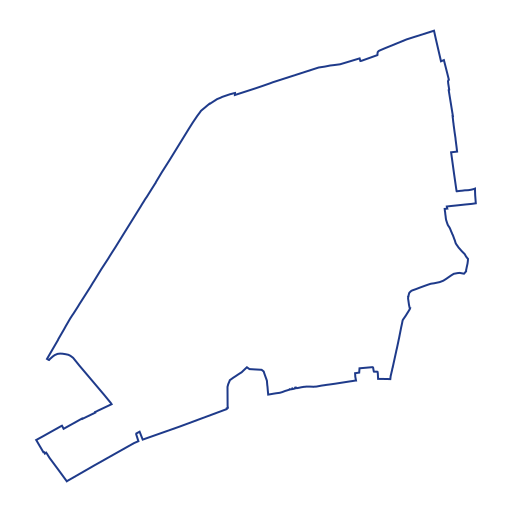 Otopeni, Bucharest, Romania (orthographic projection)
{"feature_id": "2599482B32051215942392", "entity_name": "Otopeni", "entity_type": "district", "adm_level": 2, "iso_a3": "ROU", "parent_name": "Romania", "parent_adm1": "Bucharest", "projection": "orthographic", "projection_center": [26.087, 44.559], "detail": "fine", "context": "isolated", "style": "outline", "palette": "blue", "viewbox_px": 512, "rotation_deg": 0, "n_neighbors": 0, "source": "geoboundaries", "source_scale": "gbopen_adm2", "svg_char_len": 5313}
<svg xmlns="http://www.w3.org/2000/svg" viewBox="0 0 512 512"><path d="M47.6,454.8L49.6,458.0L58.6,470.1L66.8,481.3L67.2,481.0L94.7,465.2L134.0,443.1L138.4,441.2L136.2,434.3L136.3,433.5L139.6,431.7L142.7,439.6L179.6,426.6L226.7,409.1L226.7,408.3L227.9,407.8L227.6,406.1L227.5,386.9L228.2,384.2L229.6,380.9L229.8,380.2L233.4,377.6L235.6,376.2L237.8,374.7L240.9,372.7L241.0,372.7L241.6,372.3L244.0,370.0L246.0,368.1L246.9,367.3L247.0,367.4L247.2,367.5L249.5,369.1L261.6,369.8L262.6,370.6L263.7,371.5L264.3,373.4L265.9,377.9L266.0,378.1L266.9,380.7L267.0,381.6L267.0,382.0L267.2,384.4L267.3,385.4L267.5,386.8L267.8,390.5L268.1,393.6L268.2,394.6L270.6,394.2L273.4,393.7L275.9,393.3L279.8,392.8L280.8,392.5L282.2,392.1L285.3,390.9L286.4,390.6L288.3,390.0L289.1,389.8L289.3,389.7L289.6,389.2L289.9,389.2L290.2,389.4L290.4,389.4L290.6,389.4L291.0,389.3L291.8,389.2L292.0,389.1L292.1,388.9L292.3,388.5L292.8,388.9L292.9,389.0L294.5,388.6L295.2,388.4L295.3,388.3L295.3,388.2L295.4,387.9L295.3,387.6L295.7,387.5L296.0,387.5L296.6,388.1L296.8,388.2L298.8,387.8L299.3,387.7L301.1,387.3L301.7,387.2L302.3,387.1L302.9,387.0L303.5,386.9L304.1,386.8L304.6,386.8L304.9,386.8L305.6,386.7L306.2,386.6L307.9,386.6L308.2,386.6L308.8,386.6L309.4,386.6L310.0,386.6L310.5,386.6L311.0,386.7L311.4,386.7L311.7,386.7L312.3,386.7L313.4,386.8L313.9,386.7L315.0,386.7L315.5,386.6L316.1,386.6L316.8,386.5L318.9,386.1L321.5,385.6L324.4,385.2L327.0,384.8L329.5,384.5L335.2,383.7L349.9,381.4L352.7,381.0L353.3,380.9L355.5,380.5L355.9,380.5L356.0,380.5L355.3,376.8L355.1,373.2L359.2,372.6L359.5,368.3L371.9,367.2L372.7,367.2L373.1,367.6L373.7,371.1L374.0,371.7L377.1,371.7L377.5,371.8L377.8,373.1L378.1,378.9L378.5,378.9L379.3,378.9L386.4,379.0L386.7,379.0L386.8,379.0L387.1,379.0L387.3,379.0L389.8,379.1L390.3,379.1L390.7,375.7L390.8,375.5L391.7,371.6L391.9,370.9L392.1,369.8L392.2,369.5L392.3,368.8L392.7,367.4L392.7,367.1L392.8,367.0L392.8,366.9L395.4,355.0L396.2,351.4L396.2,351.2L396.9,348.3L398.2,342.2L398.5,340.7L398.8,339.2L398.9,338.9L399.2,337.4L401.2,327.2L402.0,323.6L402.5,321.0L402.7,320.2L402.9,319.8L405.8,315.6L409.7,309.3L409.8,309.0L410.1,308.2L409.7,308.1L409.0,304.9L408.1,298.6L408.1,298.0L408.1,297.7L408.4,296.5L408.2,296.4L408.5,295.7L409.1,293.4L409.4,292.7L410.5,291.6L411.3,290.9L412.3,290.4L416.0,289.1L417.8,288.4L419.6,287.7L424.8,285.8L428.2,284.6L430.6,283.8L431.7,283.6L434.0,283.3L437.3,282.6L439.7,282.1L443.3,280.7L446.3,278.8L448.3,277.4L451.5,275.2L453.8,273.8L457.6,273.1L459.7,272.9L464.0,273.7L466.1,271.3L466.1,270.0L466.3,269.3L466.7,267.3L467.5,263.7L467.8,261.4L467.9,260.6L467.9,260.4L468.0,258.9L467.3,258.1L466.8,257.5L466.7,257.3L466.1,256.6L464.7,254.1L461.8,251.2L461.0,250.3L459.8,248.9L458.9,247.9L458.7,247.7L458.0,246.7L457.4,245.8L456.3,244.3L455.6,243.0L454.8,240.3L454.7,240.1L454.6,239.8L454.1,238.6L453.8,237.7L453.0,235.5L452.7,234.8L452.2,233.9L451.9,233.0L451.2,231.5L450.3,229.2L449.8,228.1L449.3,227.2L448.2,225.6L447.7,224.7L447.5,224.1L447.0,222.7L446.1,219.9L445.8,218.1L445.6,216.2L445.3,214.1L445.2,212.8L445.0,211.5L444.9,210.9L444.7,208.9L445.8,208.8L446.3,208.7L447.2,208.6L447.1,208.4L447.0,207.6L446.8,206.5L451.1,206.0L457.0,205.4L465.3,204.5L471.6,203.9L475.8,203.3L475.2,195.5L475.1,193.3L475.0,189.9L475.0,188.6L473.6,189.1L471.2,189.7L469.4,190.0L468.2,190.2L465.4,190.3L464.9,190.3L462.1,190.7L460.6,190.8L456.7,191.3L456.6,191.2L456.5,190.5L456.2,188.7L454.0,173.4L451.1,152.3L457.1,151.6L456.5,146.6L455.6,139.6L455.5,138.5L455.5,138.3L454.6,132.2L454.0,127.7L453.7,125.5L453.5,123.8L453.5,123.5L453.3,122.4L452.9,118.7L452.8,117.9L452.7,117.4L452.7,116.7L452.6,116.1L452.9,116.1L448.7,90.2L449.0,90.1L449.2,89.9L449.2,89.7L448.2,83.3L448.1,82.0L448.0,81.3L448.3,80.3L448.8,79.9L448.8,79.5L447.2,73.1L443.9,60.1L441.0,61.3L435.7,38.4L434.0,30.7L416.1,36.4L415.4,36.6L406.6,39.4L384.8,48.3L380.1,50.3L378.7,51.0L377.8,52.0L377.5,53.2L377.5,54.6L377.4,55.1L361.5,60.8L360.4,61.0L359.6,58.4L345.7,62.6L340.0,64.3L333.8,65.1L330.2,65.5L327.8,66.0L324.8,66.6L318.7,67.5L315.9,68.4L313.1,69.3L291.4,76.3L272.7,82.3L270.4,83.2L261.8,86.2L255.3,88.4L245.1,91.7L234.9,95.0L235.0,93.0L233.6,93.3L231.0,94.0L230.6,94.1L229.8,94.3L229.0,94.6L228.3,94.8L227.2,95.2L226.3,95.5L222.2,96.9L220.4,97.8L217.1,99.1L209.7,103.9L209.5,103.7L201.1,110.7L199.3,113.2L197.4,115.7L192.8,122.5L188.7,129.0L169.5,160.2L161.8,172.3L155.8,182.3L155.7,182.8L155.3,183.3L151.7,189.0L146.7,197.0L145.9,198.1L144.9,199.6L144.3,200.6L144.2,200.8L143.7,201.6L142.1,204.1L140.5,206.8L138.5,210.0L129.0,225.3L123.4,234.3L115.3,247.4L112.0,252.5L109.8,256.0L108.1,258.8L101.3,269.2L94.0,281.1L93.0,282.6L90.3,287.1L79.5,304.0L78.0,306.5L73.4,313.7L72.4,315.1L70.2,318.5L68.8,320.9L67.3,323.5L65.9,325.9L64.2,329.0L63.4,330.4L62.0,332.8L58.3,339.2L58.1,339.8L55.2,344.8L51.6,351.0L49.9,353.9L47.0,358.9L48.7,359.9L49.1,360.0L49.8,359.1L52.9,356.4L54.7,355.1L57.5,353.9L59.2,353.7L60.2,353.6L62.4,353.7L65.6,354.2L68.4,354.8L70.4,355.8L73.1,357.8L79.3,365.5L88.2,376.0L104.1,394.8L110.9,403.1L111.6,404.2L111.2,404.4L95.1,412.0L95.3,412.6L82.9,418.6L82.3,418.9L82.1,418.5L63.6,428.8L62.0,425.7L61.7,425.8L50.8,431.9L42.6,436.5L36.2,440.0L36.4,440.3L39.6,445.8L40.8,447.8L43.3,452.1L43.8,451.9L44.0,452.0L44.9,453.6L46.1,452.6L47.3,454.2L47.6,454.8Z" fill="none" stroke="#1e3a8a" stroke-width="2"/></svg>